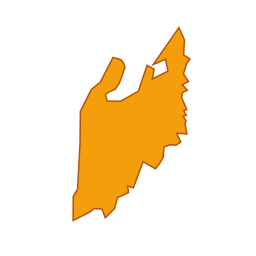 Vlorë, Vlorë, Albania (Equal Earth projection), rotated 63°
{"feature_id": "67620474B72762453157270", "entity_name": "Vlorë", "entity_type": "district", "adm_level": 2, "iso_a3": "ALB", "parent_name": "Albania", "parent_adm1": "Vlorë", "projection": "equal_earth", "projection_center": [19.584, 40.349], "detail": "fine", "context": "isolated", "style": "filled", "palette": "amber", "viewbox_px": 256, "rotation_deg": 63, "n_neighbors": 0, "source": "geoboundaries", "source_scale": "gbopen_adm2", "svg_char_len": 903}
<svg xmlns="http://www.w3.org/2000/svg" viewBox="0 0 256 256"><g transform="rotate(63 128 128)"><path d="M61.7,37.1L82.9,76.7L83.7,63.3L95.4,66.6L95.4,84.1L87.5,78.1L80.8,82.5L99.9,102.1L100.8,122.4L94.5,134.4L87.8,132.8L87.3,129.2L87.6,121.6L84.0,115.3L79.1,110.0L72.5,103.2L68.5,102.5L64.1,103.2L58.3,109.3L74.6,131.9L77.0,143.2L91.6,162.9L119.9,177.7L159.6,200.7L164.2,207.9L185.5,218.9L185.5,199.9L184.4,194.7L188.4,188.0L197.7,189.0L193.7,176.8L185.4,169.0L185.7,156.8L179.5,154.7L183.8,150.5L164.8,129.8L176.8,122.1L174.2,116.5L170.4,110.2L161.3,104.6L161.9,98.3L165.1,93.0L164.5,87.4L154.7,87.1L160.0,78.3L155.4,76.9L151.3,75.6L149.4,74.8L148.2,73.1L147.7,73.1L144.6,73.4L142.6,73.5L143.1,70.2L138.0,70.6L138.3,67.3L125.0,66.4L121.2,63.3L121.2,57.9L114.1,60.1L114.1,53.0L105.0,54.0L97.1,46.4L94.6,41.5L88.3,45.3L75.0,37.7L61.7,37.1Z" fill="#f59e0b" stroke="#b45309" stroke-width="1.5"/></g></svg>